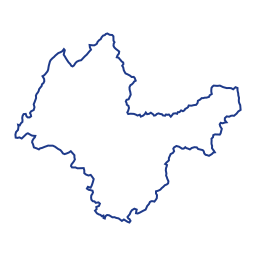 Mococa, São Paulo, Brazil
{"feature_id": "56859067B41359481852892", "entity_name": "Mococa", "entity_type": "district", "adm_level": 2, "iso_a3": "BRA", "parent_name": "Brazil", "parent_adm1": "São Paulo", "projection": "mercator", "projection_center": [-47.017, -21.449], "detail": "fine", "context": "isolated", "style": "outline", "palette": "blue", "viewbox_px": 256, "rotation_deg": 0, "n_neighbors": 0, "source": "geoboundaries", "source_scale": "gbopen_adm2", "svg_char_len": 4882}
<svg xmlns="http://www.w3.org/2000/svg" viewBox="0 0 256 256"><path d="M135.7,80.7L134.7,78.0L133.7,76.9L131.7,77.0L129.8,75.5L127.5,74.3L125.5,73.4L124.7,72.0L123.8,70.3L123.2,67.3L122.2,65.8L123.4,64.1L123.2,62.5L121.6,61.4L120.7,60.2L119.6,59.0L118.6,57.7L116.8,57.3L117.5,55.4L118.9,53.6L119.2,51.5L115.8,48.9L114.3,47.4L113.5,45.8L113.7,43.6L114.5,42.2L113.5,40.7L113.4,36.3L112.2,35.0L109.7,34.8L107.4,33.5L105.8,34.0L104.8,35.1L103.1,35.6L101.6,37.3L100.7,39.2L99.2,40.1L97.5,42.0L96.9,43.7L95.7,44.6L94.4,45.3L92.6,45.3L89.6,45.0L89.9,47.4L91.0,49.7L89.2,51.6L88.0,53.1L86.6,54.8L85.4,55.8L83.9,57.3L81.2,60.2L78.9,60.7L76.8,61.7L75.5,63.0L73.9,65.5L72.6,66.4L71.3,65.8L70.2,64.0L68.6,62.4L67.4,60.6L66.1,58.6L64.9,56.5L63.7,54.7L64.1,52.7L64.8,50.2L63.9,49.1L62.2,51.3L60.1,52.4L58.4,53.0L55.4,55.5L54.0,57.0L52.4,58.3L50.6,60.2L49.9,61.6L49.2,64.2L48.8,65.7L48.5,67.4L48.2,69.5L47.4,71.5L46.3,72.8L45.3,74.1L44.1,75.3L42.5,76.2L44.1,78.9L44.3,81.2L43.5,83.0L42.0,84.3L41.6,86.1L40.3,87.6L39.1,89.2L38.7,90.9L37.8,92.6L36.8,93.7L35.9,95.6L36.1,98.0L35.6,99.4L34.8,101.6L33.7,104.3L34.5,107.2L33.7,110.0L31.0,111.4L30.0,113.0L30.8,114.7L31.1,116.3L29.6,117.4L27.7,117.4L26.5,116.3L25.7,113.9L23.6,114.1L22.6,115.9L22.2,118.0L22.5,120.0L22.4,121.9L20.8,123.4L19.8,125.3L18.1,124.8L18.5,126.7L18.0,129.9L16.0,132.1L15.4,134.7L15.7,137.6L17.5,137.9L19.4,137.4L21.7,138.5L23.6,136.7L26.5,133.9L27.9,133.3L31.7,135.5L33.6,135.8L35.3,135.9L34.8,137.4L33.7,138.5L32.4,140.7L32.1,142.3L33.0,144.2L33.9,147.4L36.5,148.3L38.9,149.4L40.0,148.4L42.1,147.9L44.5,146.9L46.2,146.3L48.1,145.6L50.9,145.7L52.9,145.7L55.0,146.7L56.8,148.0L58.2,149.0L60.4,150.1L61.8,151.7L62.9,153.4L64.6,154.1L66.5,153.5L68.9,152.5L70.8,151.2L74.4,155.2L74.4,157.4L74.9,159.4L73.9,161.3L72.7,162.9L71.5,164.4L71.0,166.0L72.0,167.4L73.9,167.5L75.3,167.4L77.5,168.3L83.7,168.1L84.3,170.4L84.3,173.2L86.1,174.6L88.5,175.5L90.7,174.9L91.7,176.2L93.7,179.0L93.1,181.3L92.4,183.6L91.6,185.8L90.6,187.7L87.9,186.8L86.9,188.6L88.7,189.8L90.4,190.1L92.5,190.7L93.0,192.3L92.3,194.0L91.3,195.4L91.1,197.6L91.4,199.7L92.8,201.2L94.5,201.4L95.7,202.8L98.5,202.4L99.9,203.6L99.0,205.9L96.3,207.0L96.6,209.2L95.0,210.7L96.9,213.3L98.8,214.4L100.5,214.9L101.8,216.2L103.3,215.6L103.5,218.0L104.8,218.5L105.4,216.2L107.1,215.0L109.2,215.3L112.4,217.3L114.5,217.2L116.2,217.9L118.6,218.4L120.2,219.6L121.9,220.9L123.9,219.5L125.6,220.6L127.5,221.8L129.4,222.5L130.5,220.9L129.5,219.1L128.3,218.4L127.5,217.0L128.6,215.6L129.8,214.2L130.6,212.1L131.9,210.2L134.4,208.7L136.7,209.6L136.3,211.2L136.0,213.2L137.7,213.5L139.6,212.7L142.9,210.9L145.6,209.6L146.4,207.9L147.2,206.0L149.0,204.0L149.9,202.0L151.3,201.2L153.0,201.2L154.4,201.6L155.7,199.9L156.8,198.2L157.0,195.1L156.0,193.5L156.0,191.3L157.9,190.8L159.1,190.3L160.4,189.6L161.7,188.1L163.2,186.9L164.9,185.2L166.7,184.5L168.1,183.4L168.4,181.2L167.3,178.8L166.8,177.1L166.1,175.6L166.4,173.5L165.8,170.3L166.0,168.2L166.6,166.6L167.0,165.0L165.2,164.0L166.6,162.4L167.8,161.4L168.9,160.3L168.9,157.9L169.6,156.5L170.6,154.1L172.9,152.9L174.1,151.2L173.3,148.7L174.1,147.4L176.4,146.0L179.0,146.7L180.3,147.5L182.1,148.7L183.7,148.6L185.3,147.2L186.3,148.1L187.7,148.5L189.9,149.4L191.7,148.0L194.4,147.2L196.8,147.4L198.1,149.0L200.6,149.6L202.7,150.1L203.7,151.2L204.3,153.5L205.6,154.8L207.3,155.2L209.0,155.8L211.8,154.1L213.4,152.5L214.8,152.3L213.9,150.8L213.0,149.6L212.0,148.2L212.1,145.9L211.5,143.9L211.5,142.3L211.6,140.5L211.5,138.7L213.0,137.2L213.3,135.1L215.0,134.4L217.8,134.5L219.8,134.6L220.6,133.4L221.2,131.0L221.8,128.8L220.3,126.5L219.7,124.3L220.7,122.8L222.6,123.3L224.9,122.5L226.5,122.3L224.8,120.1L224.9,118.1L226.7,116.4L229.2,116.7L231.0,115.8L232.5,115.6L234.0,115.8L236.6,113.6L238.3,111.4L240.6,109.9L240.2,105.1L239.4,103.5L238.9,101.9L238.8,100.2L239.0,97.9L238.3,95.3L238.2,93.4L237.8,91.8L237.5,90.2L237.5,88.0L235.5,87.2L233.2,89.3L231.2,88.2L229.2,88.0L226.8,88.1L223.1,87.1L219.9,85.6L217.3,85.9L213.7,85.6L212.5,86.5L211.5,87.9L211.3,89.9L211.3,91.9L211.8,94.0L209.7,95.3L209.0,96.9L206.3,97.7L204.7,97.7L203.3,98.1L201.7,98.1L200.1,99.6L197.9,100.8L197.6,102.9L196.2,104.8L193.4,105.2L191.5,105.7L188.7,105.5L188.0,107.2L186.6,108.2L185.3,108.8L184.4,110.3L182.9,111.2L181.1,110.4L179.5,112.1L177.8,112.2L177.1,113.8L175.6,113.3L173.3,113.6L172.0,115.3L170.8,116.7L168.9,114.5L167.4,114.8L166.0,114.5L165.1,115.7L162.9,115.4L161.9,114.2L160.3,114.0L158.5,113.4L156.8,114.0L155.5,115.3L154.0,115.6L153.2,114.4L150.8,112.7L149.1,113.8L147.1,114.2L145.8,112.5L144.8,114.1L143.0,115.7L140.8,116.6L139.8,114.7L137.5,115.5L135.8,114.6L133.9,113.9L130.5,113.7L128.2,114.0L127.3,112.4L128.1,110.9L129.0,108.0L128.4,105.8L126.8,104.7L126.6,103.1L125.8,101.4L126.6,99.8L128.6,99.3L130.7,94.7L130.3,92.1L129.6,89.6L129.5,87.2L130.5,85.1L131.7,84.5L133.3,82.9L134.1,81.6L135.7,80.7Z" fill="none" stroke="#1e3a8a" stroke-width="2"/></svg>